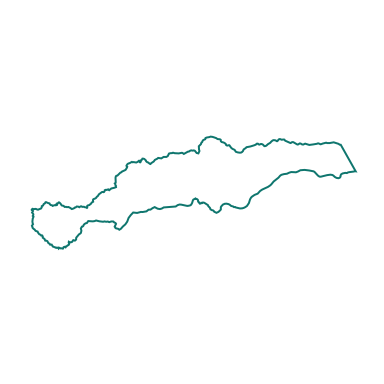 outline of Córdoba, Nariño, Colombia, rotated 317°
{"feature_id": "7082276B38923915219362", "entity_name": "Córdoba", "entity_type": "district", "adm_level": 2, "iso_a3": "COL", "parent_name": "Colombia", "parent_adm1": "Nariño", "projection": "mercator", "projection_center": [-77.448, 0.762], "detail": "fine", "context": "isolated", "style": "outline", "palette": "teal", "viewbox_px": 384, "rotation_deg": 317, "n_neighbors": 0, "source": "geoboundaries", "source_scale": "gbopen_adm2", "svg_char_len": 5997}
<svg xmlns="http://www.w3.org/2000/svg" viewBox="0 0 384 384"><g transform="rotate(317 192 192)"><path d="M64.0,95.6L63.0,95.5L62.6,95.7L62.5,95.9L62.7,97.4L62.3,97.7L61.0,98.0L60.9,99.8L60.4,100.5L59.2,100.9L59.2,102.0L57.3,102.9L55.1,104.8L54.0,106.4L53.8,107.1L51.9,107.5L51.5,108.7L51.0,109.4L51.0,111.0L51.3,111.9L51.1,113.7L52.1,115.7L51.7,116.7L51.5,118.7L52.1,120.1L52.0,121.1L52.8,121.7L52.5,122.8L51.7,123.6L52.1,125.8L51.5,127.5L52.3,128.3L52.7,129.3L52.1,131.6L52.6,132.7L52.3,133.8L53.5,134.8L53.0,136.9L53.3,137.2L53.3,137.4L54.0,139.0L54.4,139.4L54.5,140.2L55.0,140.3L55.4,141.1L56.2,141.3L56.5,141.6L56.7,142.1L56.3,142.5L57.1,142.6L57.5,143.7L58.4,144.4L58.8,145.2L59.1,145.4L60.5,144.8L61.6,145.3L61.8,146.1L62.4,145.8L62.8,146.2L64.3,146.2L65.3,146.5L65.8,146.3L66.1,146.5L67.0,146.1L67.5,144.7L68.0,144.4L68.2,145.3L69.5,146.4L70.4,146.7L72.1,146.2L72.6,146.5L72.8,147.2L73.2,147.7L74.2,147.8L75.0,147.6L75.9,146.6L76.5,146.4L80.4,145.9L82.2,146.2L82.9,146.1L84.7,144.9L85.8,142.9L87.3,142.4L88.0,142.3L88.3,142.6L89.3,142.7L90.4,142.2L91.6,142.1L93.0,142.4L93.9,143.0L96.3,142.5L99.4,145.8L101.0,146.9L102.4,147.4L104.3,150.3L106.5,152.9L107.2,153.5L107.8,153.7L109.0,155.3L110.3,156.2L110.9,157.6L112.9,158.5L114.4,160.0L114.3,160.9L114.9,162.5L114.7,163.5L111.8,164.6L111.7,164.9L111.8,165.5L111.5,166.0L111.6,166.7L112.9,168.6L113.1,170.0L114.9,170.4L117.9,170.1L121.2,170.2L124.4,169.5L128.0,167.7L131.5,167.1L135.0,166.9L137.6,169.9L141.0,171.7L142.3,173.0L145.5,175.1L148.1,175.3L149.7,176.6L152.1,176.9L154.4,177.6L155.5,180.8L156.9,182.6L158.6,183.5L160.8,184.0L170.2,191.5L172.5,191.8L174.4,192.7L175.5,193.9L179.0,198.9L180.2,199.8L181.7,200.6L182.7,200.7L184.6,200.1L187.0,198.7L187.8,198.5L190.1,199.1L190.0,199.7L190.6,200.2L190.9,201.0L190.9,201.7L190.6,202.4L190.0,203.1L189.9,203.9L190.2,204.5L189.8,205.1L189.8,205.9L190.6,206.4L191.5,206.3L192.0,207.1L192.8,207.1L193.5,208.0L193.9,209.2L194.7,212.5L194.3,213.3L194.3,215.8L193.7,217.3L194.2,218.9L194.8,219.7L195.0,220.5L194.8,221.6L195.7,223.9L197.8,224.6L200.5,224.6L201.2,224.4L202.7,222.8L203.5,222.5L206.1,222.3L208.0,223.0L209.3,224.1L210.4,225.7L210.9,227.0L211.1,228.8L212.3,230.8L212.4,231.7L213.3,232.4L213.5,233.2L215.9,236.8L217.6,238.2L219.0,238.9L220.6,239.4L222.7,239.7L226.1,238.9L229.4,237.0L231.3,236.4L232.5,236.3L235.8,236.8L238.9,238.0L242.5,237.7L245.0,238.1L251.1,240.1L253.7,240.5L255.2,240.5L258.9,240.0L265.0,240.5L267.5,240.2L269.1,240.4L271.4,241.6L273.9,243.4L276.4,244.2L278.2,245.1L281.5,248.5L283.5,249.3L286.1,250.0L289.4,252.6L292.4,256.2L295.0,259.8L295.3,260.8L295.3,265.8L295.5,267.0L296.0,268.1L296.9,268.8L302.3,271.8L305.0,273.7L306.2,275.2L306.6,276.4L306.7,278.3L307.3,280.2L308.4,281.7L309.7,282.3L311.0,282.1L312.0,281.2L313.1,280.8L314.7,281.1L317.1,282.5L318.2,283.8L319.5,284.1L320.5,284.7L324.3,287.4L325.3,287.9L325.8,288.5L333.0,258.9L332.3,258.2L332.0,256.7L329.5,252.3L325.9,250.0L324.2,248.4L323.7,247.4L320.6,245.7L319.1,245.1L318.4,244.6L318.2,243.8L317.4,242.4L316.2,241.9L313.3,240.0L309.9,237.6L307.7,233.8L305.8,233.2L305.0,232.4L304.5,230.7L304.0,230.0L301.8,229.5L301.3,228.8L300.1,224.7L299.6,224.1L298.9,223.7L297.6,223.5L297.3,223.1L295.3,218.4L295.1,217.6L295.3,216.7L294.6,215.9L293.2,214.9L292.7,213.7L292.1,213.0L291.3,212.7L289.4,213.0L288.9,212.9L288.6,212.5L288.4,211.4L287.8,210.5L287.0,209.7L286.1,209.3L284.1,209.2L282.9,209.4L280.0,208.8L278.0,208.8L276.9,208.4L276.2,207.8L276.2,205.8L275.8,204.7L275.2,203.9L273.6,203.3L273.1,202.4L273.2,201.8L272.6,201.0L272.0,200.8L271.0,200.9L269.2,200.2L265.7,198.5L262.4,196.4L261.3,196.5L258.8,196.1L257.2,196.8L255.9,196.9L254.7,196.6L253.7,195.8L252.3,194.0L251.5,192.4L251.9,190.2L251.0,188.0L250.8,186.3L251.2,183.3L250.6,182.7L249.8,182.4L249.2,181.7L249.0,181.0L249.4,180.2L249.3,178.6L248.9,177.4L247.8,175.7L247.7,174.6L248.6,173.4L248.5,172.8L248.2,172.3L246.8,170.7L246.4,169.0L245.4,167.1L244.6,165.7L243.4,164.2L242.0,163.6L240.1,162.3L238.9,161.8L238.5,161.8L238.2,162.2L237.6,162.4L235.7,161.7L234.8,161.8L233.5,162.4L232.6,162.3L231.1,163.1L228.2,163.2L226.2,165.6L225.4,167.1L223.0,168.1L222.0,166.6L222.2,163.8L221.7,162.8L220.8,162.3L219.8,161.0L218.6,160.5L217.3,160.3L216.5,159.7L212.0,158.6L211.7,157.0L211.3,156.4L208.6,154.7L205.8,151.8L204.9,150.3L204.0,150.0L202.3,148.6L201.7,148.5L201.3,148.2L198.8,149.2L197.2,148.9L195.2,147.0L192.5,146.5L190.5,144.0L189.5,144.0L186.7,143.2L184.8,143.6L182.0,143.1L180.7,143.2L180.4,142.7L180.0,140.3L179.6,139.7L179.4,138.3L179.8,137.5L179.7,135.9L179.6,135.2L178.9,134.1L178.5,133.8L176.8,134.3L176.3,134.0L175.2,134.9L174.4,135.0L174.2,134.7L174.7,134.0L174.6,133.0L173.7,132.9L173.1,133.0L171.3,132.4L169.7,130.3L168.9,129.8L168.6,129.0L165.9,128.3L165.0,127.8L163.9,127.6L162.1,128.0L161.5,129.1L161.7,129.4L161.1,129.8L158.6,130.5L157.7,130.3L154.7,129.3L153.8,129.4L152.8,129.0L148.6,129.1L147.8,128.6L147.0,128.6L145.8,129.4L142.8,132.9L142.1,133.2L141.5,133.1L141.5,133.7L140.8,134.4L140.5,135.8L140.0,136.0L139.7,136.6L138.2,136.0L135.4,134.4L132.7,134.2L132.6,133.2L132.2,133.2L131.8,132.5L131.0,132.3L130.3,131.5L129.4,131.2L128.8,131.7L127.8,132.0L127.2,131.8L126.7,131.0L126.0,130.6L122.2,130.2L120.7,130.7L119.0,130.6L117.9,130.9L116.7,130.7L115.0,130.0L114.1,130.3L113.1,131.7L111.4,131.3L110.2,131.7L108.8,131.5L108.2,131.6L106.4,130.7L105.7,130.8L104.7,132.0L104.3,132.0L104.1,131.1L103.2,130.0L102.9,129.1L101.6,128.0L101.3,127.0L100.6,126.5L99.2,126.3L98.8,125.1L97.8,124.0L96.3,123.9L95.6,123.4L94.9,123.5L93.2,122.9L92.4,122.4L92.2,120.9L91.4,118.7L90.2,117.8L89.8,117.0L88.7,116.1L88.6,114.5L87.6,113.1L87.6,112.3L87.9,111.0L87.8,109.1L87.4,108.7L86.3,108.8L85.5,108.4L84.9,109.2L84.3,109.4L84.0,109.2L83.8,108.5L83.2,108.7L82.5,107.9L80.6,107.1L80.6,106.3L79.8,105.2L79.7,104.0L80.0,103.1L79.2,101.9L78.3,99.8L77.8,99.6L76.7,100.0L75.3,99.7L73.9,100.3L72.5,99.9L71.7,100.7L70.4,101.1L67.3,99.9L66.7,99.0L66.4,98.1L65.8,97.4L64.6,96.7L64.0,95.6Z" fill="none" stroke="#0f766e" stroke-width="2"/></g></svg>